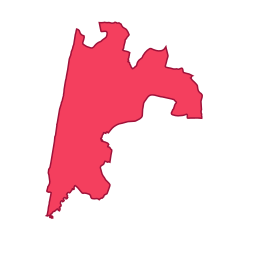 the district of Sissili, Sissili, Burkina Faso, rotated 100°
{"feature_id": "67063806B75900195473972", "entity_name": "Sissili", "entity_type": "district", "adm_level": 2, "iso_a3": "BFA", "parent_name": "Burkina Faso", "parent_adm1": "Sissili", "projection": "orthographic", "projection_center": [-2.154, 11.45], "detail": "fine", "context": "isolated", "style": "filled", "palette": "rose", "viewbox_px": 256, "rotation_deg": 100, "n_neighbors": 0, "source": "geoboundaries", "source_scale": "gbopen_adm2", "svg_char_len": 5874}
<svg xmlns="http://www.w3.org/2000/svg" viewBox="0 0 256 256"><g transform="rotate(100 128 128)"><path d="M26.3,159.5L26.9,160.0L27.1,160.5L27.6,162.0L27.4,165.1L27.8,166.4L28.0,167.8L28.0,169.5L28.5,170.7L29.0,172.8L29.2,174.6L36.4,171.8L37.5,171.3L37.6,171.1L37.6,170.6L36.7,167.3L36.7,166.4L36.9,165.9L37.3,165.4L38.2,165.0L40.4,164.9L42.1,165.2L43.0,165.8L45.7,168.4L47.4,169.7L48.9,172.0L50.5,173.6L52.4,174.9L54.1,175.8L55.3,177.0L55.4,177.4L55.6,178.5L55.0,182.6L54.4,184.3L53.4,186.5L53.1,186.9L52.0,187.4L50.9,187.3L48.8,187.0L46.4,186.9L45.2,187.2L44.8,187.5L44.7,188.9L44.0,190.3L43.4,191.1L42.8,191.6L40.6,192.9L39.9,193.9L39.6,194.7L39.5,195.8L41.1,195.8L41.6,196.0L42.1,195.8L45.3,196.1L55.1,195.9L57.2,196.3L59.6,196.4L63.0,197.1L63.5,197.0L66.5,197.1L68.3,197.5L70.3,197.8L80.9,197.5L87.6,197.6L90.1,197.5L91.8,197.7L95.5,197.7L101.1,197.6L103.9,197.3L106.3,197.3L107.1,197.1L110.1,197.4L112.8,197.5L114.6,198.0L115.6,197.9L121.3,198.6L135.5,198.5L137.0,198.7L137.5,198.5L147.7,198.1L149.4,198.5L154.2,198.1L175.2,197.9L180.3,198.0L181.6,198.5L182.4,198.9L186.1,198.7L188.0,197.7L194.4,195.7L196.4,195.6L198.6,196.2L200.0,196.8L200.7,196.7L204.2,197.0L204.7,196.5L205.0,195.1L204.7,194.0L204.8,193.1L205.1,192.4L212.9,192.5L214.6,192.6L216.5,192.4L219.6,192.6L223.4,192.4L227.8,192.5L228.5,193.1L228.6,191.9L228.2,191.2L227.7,190.7L227.7,190.3L228.5,189.6L229.6,189.4L229.6,188.5L229.2,187.9L229.2,187.7L229.3,187.5L229.9,187.3L229.7,186.9L229.7,186.6L229.1,186.7L228.7,186.6L228.0,187.3L228.0,188.0L227.8,188.5L227.4,188.9L226.6,189.1L226.1,189.0L225.7,188.4L225.4,188.1L224.3,187.8L223.1,186.7L222.9,186.3L222.8,185.7L222.2,185.6L221.6,184.9L220.3,183.9L220.0,183.4L220.0,182.7L220.3,182.6L220.9,182.6L221.1,182.3L221.5,181.2L221.2,181.0L219.7,180.8L218.3,181.3L218.1,181.7L217.5,181.5L216.7,180.6L216.2,180.4L215.1,180.7L214.4,181.4L213.7,181.6L213.0,181.5L212.7,181.6L212.0,181.4L211.3,180.9L211.2,180.7L211.1,180.3L211.2,180.0L211.9,179.6L211.8,179.3L211.0,178.5L210.3,178.3L209.3,179.3L209.0,179.3L208.8,179.4L208.3,179.0L208.0,179.0L207.6,178.7L207.7,177.0L207.9,176.8L208.5,176.7L208.4,176.2L207.8,175.6L207.2,175.6L207.0,175.4L206.8,175.3L206.2,175.9L205.1,175.8L204.7,176.0L204.2,176.9L203.4,176.8L203.2,176.6L202.6,176.4L202.1,176.1L201.9,175.7L201.8,175.1L202.0,174.3L201.4,173.7L200.3,173.3L199.6,172.8L198.5,172.3L197.5,172.2L197.5,171.8L197.9,171.2L197.9,170.7L197.7,170.5L196.7,170.6L196.3,170.8L195.5,170.8L194.7,170.6L194.2,170.5L193.9,170.1L194.1,169.9L194.2,169.3L194.9,168.1L195.8,166.8L199.1,163.0L200.0,161.8L200.1,160.8L199.8,160.2L199.6,159.0L199.6,157.3L200.0,154.5L200.6,153.7L201.1,153.2L202.6,152.5L203.4,151.8L203.7,151.1L203.6,149.0L202.9,146.4L203.0,145.0L203.6,143.9L202.8,143.4L202.6,143.1L202.3,142.9L201.6,141.9L201.6,141.3L201.2,141.1L200.8,140.6L200.3,140.5L199.9,140.0L199.1,140.0L198.2,139.7L197.8,139.4L197.6,138.9L197.0,138.3L196.6,137.5L196.0,137.2L192.2,136.5L188.5,135.9L187.3,135.9L186.8,136.1L186.1,136.8L185.4,137.6L182.9,141.1L181.2,142.5L179.2,144.5L177.7,145.6L176.1,146.4L174.1,147.3L172.1,148.3L171.3,148.4L170.3,148.1L169.9,147.9L168.3,146.1L167.6,145.6L167.2,145.6L166.3,145.3L165.2,145.1L164.7,144.9L164.8,143.8L165.2,142.4L165.1,141.9L164.5,140.9L164.8,139.9L157.5,140.1L153.3,140.0L152.2,140.4L152.0,141.1L150.6,142.3L150.2,142.8L149.9,144.7L148.4,144.5L147.7,144.1L147.3,144.4L146.8,144.9L146.4,145.6L146.2,146.4L146.1,147.1L145.9,147.6L145.5,151.2L145.1,152.0L144.4,152.2L144.4,151.3L143.5,152.2L143.6,152.8L143.3,153.0L142.9,153.0L141.7,152.1L140.5,152.1L139.1,151.9L138.7,151.5L138.2,151.5L137.8,151.2L137.1,151.3L136.7,150.9L136.9,149.8L137.1,149.5L137.1,148.9L136.4,148.9L135.8,148.5L135.6,148.1L135.6,147.6L136.1,147.0L136.2,146.5L133.0,144.8L130.7,143.4L128.9,141.9L126.9,139.7L125.5,137.6L124.2,134.4L122.2,130.2L121.7,129.1L120.2,122.9L119.8,121.8L117.0,118.1L115.2,116.6L114.2,116.2L113.2,116.1L106.6,116.9L105.8,116.8L101.1,116.9L100.4,116.8L99.0,116.3L97.2,115.4L95.2,114.5L93.7,113.7L92.8,113.0L91.8,111.8L91.5,111.0L91.2,110.1L91.0,107.6L91.5,101.4L91.4,99.5L91.8,90.1L92.1,87.6L93.5,85.9L93.9,85.1L94.5,84.8L95.2,85.0L95.7,85.4L96.4,85.7L97.9,86.1L98.6,86.0L99.5,86.3L101.1,86.4L102.0,87.0L105.6,87.9L106.1,87.8L106.5,87.5L106.8,87.4L107.2,86.5L107.5,83.5L107.3,80.8L106.1,76.3L105.6,75.1L104.3,72.8L104.4,72.2L104.6,72.0L105.1,71.8L107.2,71.5L107.8,71.2L107.9,70.7L107.3,68.0L106.0,60.8L105.6,57.1L104.3,57.2L103.2,57.7L101.4,57.9L100.5,58.6L99.4,58.7L98.8,59.1L97.3,58.8L89.5,60.7L88.7,60.8L84.6,60.4L82.9,60.6L82.5,60.8L81.4,62.0L80.7,63.5L79.5,64.9L77.8,65.9L74.4,67.0L73.4,67.8L71.5,70.3L70.0,72.6L69.4,73.4L68.4,74.3L67.9,75.0L67.6,74.6L67.0,74.4L66.5,74.4L65.4,73.8L65.3,73.6L65.0,74.5L64.2,77.3L64.0,80.6L63.7,82.8L63.4,83.2L62.9,83.5L60.9,84.2L60.1,84.7L59.8,85.1L59.8,85.7L60.0,86.1L61.3,88.2L61.4,88.8L61.3,90.4L61.7,91.6L62.0,93.2L61.7,96.4L61.7,99.0L61.5,101.2L61.2,101.7L60.8,102.0L60.3,102.0L56.0,101.6L54.9,101.6L50.7,101.1L49.7,101.2L45.6,103.0L43.3,104.1L41.4,104.8L44.0,106.0L45.5,107.5L46.2,108.9L46.8,111.3L46.8,113.9L46.4,116.6L45.8,118.9L45.9,119.9L46.1,120.4L46.5,120.8L48.2,122.5L50.8,124.3L54.2,125.8L56.3,126.3L59.4,129.0L61.3,129.9L62.5,130.2L65.0,130.4L65.9,131.0L66.3,131.6L67.1,131.9L68.7,133.5L68.8,134.0L68.5,134.2L67.4,135.5L65.7,136.5L64.9,137.3L63.2,138.0L63.1,138.4L62.8,138.7L62.9,139.1L62.7,139.5L62.3,139.6L61.7,139.2L61.3,139.1L61.1,139.1L60.3,139.8L58.4,139.4L58.2,139.5L55.5,139.4L54.9,139.6L53.6,139.3L53.4,139.5L53.4,139.8L53.1,140.7L52.9,141.3L52.7,143.5L52.7,144.7L52.4,146.3L52.0,146.8L50.5,146.2L48.9,146.2L48.4,146.3L43.5,145.9L41.8,146.1L41.2,145.7L39.6,144.9L39.0,144.8L37.1,143.6L36.3,143.2L36.0,143.1L33.5,144.7L31.7,146.3L31.0,147.2L29.7,150.5L28.4,151.9L26.9,152.9L26.9,153.2L26.1,154.9L26.2,155.7L26.4,156.1L26.6,157.1L26.3,157.6L26.2,158.2L26.1,159.0L26.3,159.5Z" fill="#f43f5e" stroke="#9f1239" stroke-width="1.5"/></g></svg>